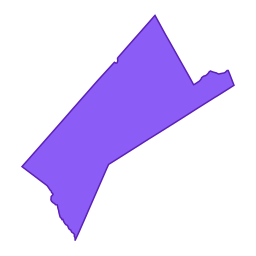 the district of Pastos Bons, Maranhão, Brazil
{"feature_id": "56859067B22481122312291", "entity_name": "Pastos Bons", "entity_type": "district", "adm_level": 2, "iso_a3": "BRA", "parent_name": "Brazil", "parent_adm1": "Maranhão", "projection": "equal_earth", "projection_center": [-44.164, -6.652], "detail": "fine", "context": "isolated", "style": "filled", "palette": "violet", "viewbox_px": 256, "rotation_deg": 0, "n_neighbors": 0, "source": "geoboundaries", "source_scale": "gbopen_adm2", "svg_char_len": 1500}
<svg xmlns="http://www.w3.org/2000/svg" viewBox="0 0 256 256"><path d="M75.0,240.6L79.4,231.1L81.2,226.9L83.1,222.6L86.1,215.8L87.8,211.8L106.9,168.1L108.0,165.7L108.6,164.4L149.2,138.7L152.6,136.6L177.8,120.8L195.2,109.7L212.8,98.6L215.0,97.2L216.3,96.5L231.6,86.8L234.0,85.3L229.8,74.4L228.2,70.5L227.1,70.5L226.4,71.2L225.3,72.3L223.9,73.0L221.0,73.5L219.8,73.8L218.7,74.0L217.6,73.6L216.6,73.0L214.9,72.5L214.0,72.3L212.7,71.9L211.4,71.4L210.5,71.0L209.3,71.7L208.3,73.2L207.1,74.5L205.8,75.5L204.7,75.9L203.7,76.1L201.7,77.6L201.1,79.0L200.3,80.1L199.5,81.0L197.0,82.7L194.7,84.2L193.6,84.7L190.4,78.8L188.0,74.5L180.6,61.4L171.9,45.9L170.6,43.6L168.1,39.2L165.3,34.3L155.0,15.4L153.7,16.8L152.0,18.8L151.3,19.6L136.7,36.2L135.6,37.4L128.3,45.7L119.1,56.2L118.3,57.1L117.5,58.3L117.6,59.5L117.8,60.6L117.2,62.7L116.1,63.2L114.4,62.3L98.2,80.0L96.5,81.9L81.7,98.7L78.8,102.0L77.1,104.0L74.7,106.7L73.8,107.7L62.1,121.1L43.8,141.9L22.0,166.6L24.3,168.4L39.8,180.1L47.2,185.7L48.7,187.9L50.0,189.9L51.1,190.9L51.6,192.6L52.7,193.4L53.0,194.6L51.2,196.5L50.9,199.9L51.7,201.4L53.2,202.8L54.7,203.6L55.4,204.7L56.3,204.8L57.2,204.8L57.5,205.9L57.8,207.7L58.2,209.1L58.7,210.8L58.9,212.3L59.4,214.4L59.9,216.3L60.4,217.5L61.4,218.3L62.0,219.6L62.9,219.4L63.4,220.8L64.1,222.3L65.1,223.8L66.0,224.8L66.9,225.1L67.8,226.1L68.3,227.5L68.8,228.7L69.6,229.5L70.7,230.0L71.6,232.0L73.3,233.2L74.6,234.7L74.2,236.0L74.8,237.1L75.1,238.8L75.0,240.6Z" fill="#8b5cf6" stroke="#5b21b6" stroke-width="1.5"/></svg>